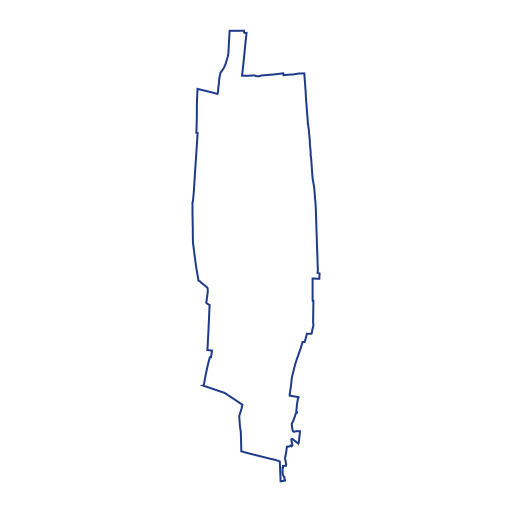 the district of Smardan, Galati, Romania
{"feature_id": "2599482B33788792508328", "entity_name": "Smardan", "entity_type": "district", "adm_level": 2, "iso_a3": "ROU", "parent_name": "Romania", "parent_adm1": "Galati", "projection": "mercator", "projection_center": [27.93, 45.569], "detail": "fine", "context": "isolated", "style": "outline", "palette": "blue", "viewbox_px": 512, "rotation_deg": 0, "n_neighbors": 0, "source": "geoboundaries", "source_scale": "gbopen_adm2", "svg_char_len": 5533}
<svg xmlns="http://www.w3.org/2000/svg" viewBox="0 0 512 512"><path d="M299.3,397.3L297.3,396.9L294.1,396.4L293.8,396.3L293.6,396.3L289.6,395.6L289.9,392.9L290.9,386.3L291.6,379.8L291.7,379.3L291.8,378.3L291.9,377.6L292.5,375.0L293.2,372.2L294.3,367.6L295.0,365.0L295.6,362.9L296.0,361.9L296.4,360.5L297.1,358.3L298.0,356.1L299.0,353.0L299.6,351.4L300.7,348.2L302.6,342.0L304.6,342.1L305.4,339.5L306.3,336.3L306.9,333.8L311.5,333.7L311.8,332.9L312.1,331.2L312.2,330.1L312.5,329.0L312.8,328.1L313.0,327.0L313.4,325.9L313.4,325.2L313.4,324.7L313.2,322.9L313.1,321.3L313.4,300.9L312.7,300.9L312.6,299.2L312.6,286.4L312.6,278.5L319.3,278.8L319.6,273.5L317.5,272.8L317.9,270.1L317.8,268.8L317.3,254.0L317.0,245.6L316.6,233.0L316.5,231.4L316.3,224.8L316.1,218.1L315.9,211.5L315.8,208.5L315.6,204.9L315.4,202.0L315.0,198.4L314.4,189.7L313.8,185.3L312.8,179.4L312.6,179.0L312.6,177.5L312.4,176.0L311.7,166.4L311.5,163.3L311.3,160.2L310.9,156.3L310.7,155.4L310.6,154.9L310.6,154.2L310.7,153.6L310.6,151.5L310.5,150.5L310.4,149.5L310.3,148.1L310.2,146.9L309.9,145.8L309.9,145.0L309.9,144.2L309.9,142.4L309.8,141.5L309.8,140.4L309.3,135.4L309.0,132.9L309.0,132.0L308.8,129.5L308.2,125.6L308.1,124.0L307.9,124.0L307.8,122.6L307.5,117.5L307.1,113.2L306.6,106.1L306.2,101.6L305.9,97.1L305.7,92.8L305.6,91.2L304.9,81.6L304.3,73.4L303.5,73.4L302.4,73.4L300.6,73.5L299.4,73.5L296.7,73.8L295.1,74.1L293.7,74.4L288.5,74.7L283.5,75.2L283.3,73.3L279.5,73.8L278.2,73.9L272.7,74.6L270.3,74.7L269.7,74.8L266.7,75.1L261.8,75.4L258.9,76.3L257.3,76.2L255.4,75.9L255.2,75.7L254.7,75.4L250.6,75.6L247.5,75.8L242.1,75.7L244.6,52.0L245.6,41.0L245.8,39.9L246.4,34.4L246.5,32.9L245.6,32.9L244.4,32.8L244.1,32.6L244.0,30.7L238.5,30.8L229.6,30.8L229.0,41.3L228.8,45.8L228.3,54.1L228.1,54.9L227.9,56.1L227.8,56.5L225.8,63.3L225.8,63.6L225.1,65.1L224.1,67.4L223.8,68.0L222.5,70.0L221.5,71.3L220.4,72.9L220.2,74.4L219.9,75.2L219.8,75.9L219.6,77.3L219.3,78.8L219.1,79.8L219.1,80.6L219.1,82.2L219.0,83.0L218.6,85.3L218.4,87.2L218.2,88.5L218.1,91.4L217.5,93.9L210.2,92.0L208.2,91.5L206.8,91.2L205.7,90.9L204.0,90.5L201.3,89.8L199.5,89.4L197.5,88.9L197.2,95.9L196.9,102.6L196.8,119.1L196.4,132.8L197.6,133.0L197.2,139.6L196.3,153.5L195.3,168.2L193.9,190.7L193.7,193.0L193.1,199.4L193.0,200.3L192.9,201.0L192.9,201.3L192.9,201.5L192.8,201.9L192.8,202.0L192.7,202.1L192.5,202.3L192.4,202.6L192.4,202.8L192.5,204.5L192.5,205.5L192.5,206.0L192.5,207.6L192.5,208.3L192.5,209.7L192.5,210.4L192.5,211.1L192.5,212.0L192.5,212.7L192.5,213.3L192.5,214.0L192.5,214.6L192.5,214.8L192.5,215.5L192.6,217.7L192.6,219.2L192.7,223.0L192.7,225.4L192.8,227.9L192.8,231.2L192.8,234.8L192.9,240.2L193.1,244.2L193.3,245.4L193.6,247.5L194.3,253.3L196.2,267.3L198.1,278.2L198.4,280.5L200.1,281.5L200.6,282.0L201.5,282.9L202.7,283.9L205.0,285.7L207.2,287.5L207.4,287.8L207.7,289.0L207.8,289.8L207.7,292.3L207.2,296.2L206.4,302.0L206.3,302.7L206.5,303.1L207.5,303.8L208.9,304.7L209.6,304.9L208.6,327.2L208.3,333.9L208.1,337.0L208.1,338.4L207.9,340.5L207.8,343.5L207.6,347.0L207.3,350.0L212.0,350.6L211.0,357.2L210.0,357.1L209.8,357.3L209.1,360.0L208.1,363.9L207.9,364.7L205.9,373.6L204.8,379.8L204.2,383.0L203.7,385.5L203.1,385.6L203.8,385.9L206.0,386.6L208.7,387.5L224.3,392.8L224.7,393.0L225.1,393.2L225.7,393.6L242.4,404.7L241.2,409.8L240.1,413.3L239.2,416.2L239.8,424.1L239.9,425.9L240.8,432.0L241.1,441.3L241.3,451.3L248.4,453.3L262.8,456.9L268.4,458.3L270.3,458.8L270.9,458.9L272.1,459.1L272.4,459.2L276.4,460.2L277.4,460.6L279.8,461.5L280.6,481.3L285.9,480.4L285.3,480.3L285.1,480.2L284.9,480.2L284.7,479.8L284.7,479.5L284.6,479.0L284.5,478.5L284.4,478.0L284.4,477.6L284.4,477.4L284.4,477.2L284.0,477.1L283.9,476.8L283.8,476.6L283.7,476.4L283.5,476.1L283.4,475.7L283.1,475.4L283.0,475.1L282.9,474.7L282.9,474.4L282.8,474.0L282.7,473.7L282.7,473.4L282.6,473.1L282.6,472.8L282.6,472.4L282.6,471.7L282.6,471.3L282.6,471.1L282.6,470.7L282.6,470.1L282.6,469.3L282.6,468.5L282.6,468.3L282.6,468.1L282.9,468.0L283.0,467.9L283.0,467.5L282.9,467.2L283.0,466.7L282.9,466.2L283.0,465.9L284.5,465.8L285.1,465.8L285.9,465.8L286.0,465.2L286.1,464.9L286.2,464.7L286.1,464.2L286.1,463.9L286.0,463.5L285.9,463.1L285.8,462.4L285.8,462.1L285.7,461.7L285.6,461.0L285.6,460.6L285.3,460.1L285.2,459.8L285.2,459.5L285.1,459.3L285.1,459.0L285.1,458.7L285.1,458.3L285.1,458.1L285.1,457.9L285.1,457.7L285.2,457.1L285.2,456.9L285.3,456.7L285.4,456.3L285.4,455.9L285.5,455.6L285.6,455.2L285.7,454.6L285.8,454.4L285.8,454.1L285.9,453.7L285.9,453.4L286.0,452.9L286.1,452.7L286.1,452.4L286.2,452.0L286.3,451.7L286.4,451.3L286.4,450.6L286.5,449.9L286.5,449.7L286.6,449.2L286.6,448.7L286.6,448.4L286.6,448.2L286.7,447.9L286.8,447.6L287.0,447.3L287.0,447.2L287.0,446.9L287.0,446.7L289.7,446.4L290.5,445.5L291.6,446.3L292.5,445.2L292.3,444.3L291.9,442.8L291.5,440.7L291.3,439.8L291.3,439.5L291.3,439.3L291.5,439.2L291.8,439.0L292.0,438.8L292.7,439.1L292.8,439.2L293.2,439.5L298.3,443.6L298.4,443.3L298.5,443.1L298.8,442.5L299.9,432.3L299.9,431.2L299.1,431.2L297.8,431.2L297.2,431.2L296.0,431.2L295.9,431.3L295.1,431.5L294.9,431.5L294.0,431.8L293.4,431.6L293.1,431.4L292.7,430.5L292.4,429.0L292.3,428.6L292.1,427.4L292.0,426.1L291.8,424.7L292.0,423.0L293.2,421.1L293.9,419.0L295.2,415.6L295.2,415.2L295.3,414.8L295.5,414.4L295.7,413.6L295.9,413.4L296.2,413.2L296.6,413.1L296.9,412.9L297.0,412.6L297.1,412.3L296.9,412.1L296.6,412.1L296.4,411.9L296.4,411.5L296.4,410.5L296.9,405.5L296.8,404.8L297.0,404.2L297.8,399.2L298.1,398.0L298.3,397.6L298.5,397.6L298.9,397.4L299.3,397.3Z" fill="none" stroke="#1e3a8a" stroke-width="2"/></svg>